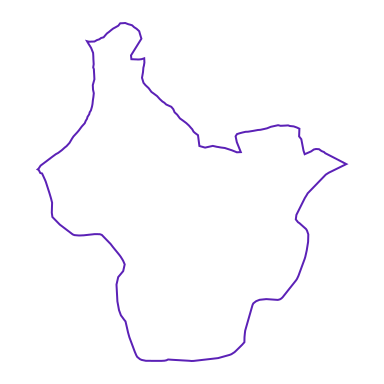 Sardauna, Taraba, Nigeria (orthographic projection)
{"feature_id": "59680162B82734256395858", "entity_name": "Sardauna", "entity_type": "district", "adm_level": 2, "iso_a3": "NGA", "parent_name": "Nigeria", "parent_adm1": "Taraba", "projection": "orthographic", "projection_center": [11.214, 6.896], "detail": "fine", "context": "isolated", "style": "outline", "palette": "violet", "viewbox_px": 384, "rotation_deg": 0, "n_neighbors": 0, "source": "geoboundaries", "source_scale": "gbopen_adm2", "svg_char_len": 2939}
<svg xmlns="http://www.w3.org/2000/svg" viewBox="0 0 384 384"><path d="M87.0,41.2L88.4,43.6L91.1,47.9L93.1,52.9L93.3,56.0L93.4,59.2L93.7,64.2L93.2,67.4L93.9,69.2L93.9,69.8L94.0,71.8L94.2,74.9L94.4,79.3L92.8,85.1L93.0,89.5L93.8,93.2L93.4,97.0L92.9,100.2L92.5,104.0L92.0,106.6L90.9,110.4L89.7,112.3L89.2,114.3L87.5,116.9L87.0,118.8L85.8,120.7L84.7,123.3L83.5,124.6L81.7,126.6L78.8,130.5L77.1,132.5L73.5,136.4L72.1,138.5L71.8,139.0L69.5,142.9L66.5,146.2L64.8,147.5L61.8,150.2L58.2,152.9L55.8,154.2L52.4,156.7L40.6,165.6L38.6,168.6L37.7,169.4L38.7,169.9L40.3,173.0L42.1,173.5L45.2,180.3L45.9,182.1L49.5,193.3L51.1,198.7L52.1,202.7L51.8,212.7L52.4,217.0L59.8,224.6L72.7,234.4L74.4,235.1L79.1,235.5L83.8,235.3L94.9,234.1L99.8,234.2L101.8,234.9L104.3,237.5L110.7,244.1L112.9,247.0L115.5,250.2L119.1,254.6L120.6,256.6L122.3,259.3L123.2,260.9L124.7,264.4L123.2,271.1L118.2,277.1L116.5,284.6L117.4,301.4L119.0,310.1L120.9,315.3L124.2,319.8L125.5,321.4L126.9,327.4L128.0,332.3L128.3,333.4L129.4,337.3L134.8,351.8L136.3,355.3L137.2,356.9L139.9,359.1L141.6,359.9L145.9,360.8L160.7,360.9L164.4,360.7L166.4,360.3L168.1,359.5L172.4,359.8L189.6,360.8L191.6,361.0L193.8,360.9L218.1,358.1L229.6,354.9L231.4,354.2L234.5,352.2L235.8,351.0L242.1,344.8L244.4,342.2L244.5,337.1L244.9,333.0L245.2,330.6L252.5,305.1L253.3,303.4L256.1,301.2L259.6,299.8L266.3,299.1L277.8,299.9L279.8,299.4L281.3,298.5L282.6,297.3L289.0,289.2L296.0,280.4L297.0,278.9L298.5,275.7L298.6,275.4L304.7,258.8L305.3,256.8L306.7,250.6L308.1,241.9L308.3,234.4L307.0,230.6L306.1,229.1L299.5,223.2L298.9,222.8L298.0,222.2L295.8,219.4L296.4,214.9L304.8,198.1L307.1,194.4L307.6,193.4L325.8,174.6L328.8,172.7L346.3,164.1L345.9,163.9L334.2,157.8L326.2,153.7L325.2,153.2L324.1,152.1L321.5,151.0L319.0,149.2L316.0,149.0L313.8,149.5L311.1,151.4L304.7,154.2L303.5,150.6L301.3,139.2L299.1,136.4L299.4,128.7L296.8,127.5L293.7,126.4L289.9,126.0L288.1,125.4L285.0,125.6L280.6,125.8L278.1,125.2L274.5,126.0L270.8,126.8L267.1,128.3L264.1,129.0L260.4,129.8L257.9,130.0L253.6,130.8L248.1,131.7L245.6,131.8L242.5,132.5L239.5,133.3L237.0,134.1L235.6,136.3L236.8,142.1L240.8,152.1L236.9,152.3L231.9,150.3L224.8,148.0L220.9,147.5L218.2,147.0L216.8,146.8L212.8,145.9L205.1,147.6L199.4,146.0L198.0,135.2L194.8,132.8L193.5,131.6L192.2,129.2L191.6,128.6L188.9,125.5L186.3,123.1L183.1,120.7L179.9,118.4L177.2,114.7L174.6,112.3L173.3,109.2L171.3,106.8L166.2,104.5L164.3,102.7L162.4,101.5L159.8,99.1L157.1,96.1L153.9,93.7L151.4,91.9L148.7,88.2L145.5,85.2L143.5,82.8L142.0,77.8L143.0,72.1L143.4,67.6L143.9,65.7L144.4,62.6L144.3,60.0L144.2,58.3L141.5,59.2L138.7,59.5L131.4,59.2L131.0,55.4L141.4,38.7L139.9,33.7L139.2,31.2L136.6,28.8L134.0,27.1L132.1,25.3L130.2,24.7L128.3,24.2L125.2,23.0L122.7,23.2L120.2,23.3L118.3,25.7L115.5,27.3L113.1,28.6L111.3,30.0L108.9,32.0L107.1,33.3L105.9,34.6L103.6,37.3L101.1,38.0L99.3,39.3L96.9,40.1L94.5,41.5L92.0,41.6L88.9,41.7L87.0,41.2Z" fill="none" stroke="#5b21b6" stroke-width="2"/></svg>